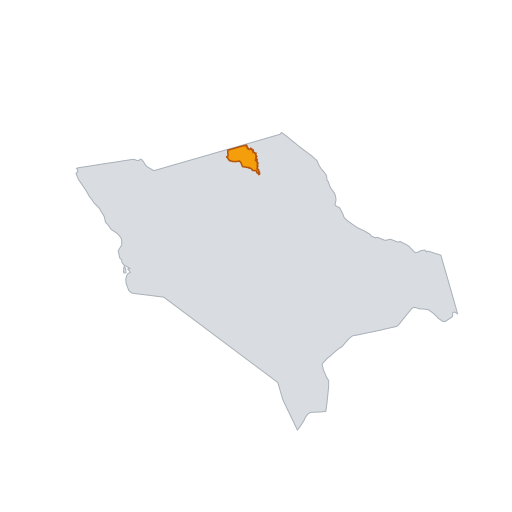 Narok West, Rift Valley, Kenya (highlighted), rotated 127°
{"feature_id": "3690345B77596051964159", "entity_name": "Narok West", "entity_type": "district", "adm_level": 2, "iso_a3": "KEN", "parent_name": "Kenya", "parent_adm1": "Rift Valley", "projection": "equal_earth", "projection_center": [35.345, -1.322], "detail": "fine", "context": "in_parent", "style": "filled", "palette": "amber", "viewbox_px": 512, "rotation_deg": 127, "n_neighbors": 0, "source": "geoboundaries", "source_scale": "gbopen_adm2", "svg_char_len": 6595}
<svg xmlns="http://www.w3.org/2000/svg" viewBox="0 0 512 512"><g transform="rotate(127 256 256)"><path d="M142.0,310.0L141.9,303.4L142.6,286.7L142.5,272.0L143.1,264.7L145.8,260.0L147.1,256.6L148.0,251.9L149.4,248.1L152.6,244.9L153.1,243.2L156.5,238.0L158.6,231.2L160.1,228.9L162.0,226.8L163.3,225.7L165.6,224.6L167.3,224.0L167.6,223.4L167.8,222.3L167.2,218.2L167.9,216.8L169.1,214.0L170.5,211.4L171.7,209.8L172.4,208.1L172.7,205.1L172.8,203.0L172.7,199.6L172.4,191.9L170.9,185.4L170.0,178.2L170.7,175.8L169.6,171.6L169.0,171.4L168.1,170.4L166.9,166.4L166.0,162.8L165.5,161.9L161.6,158.7L159.7,151.2L157.6,149.5L156.4,142.0L156.2,139.9L157.4,132.5L157.3,130.7L156.0,129.2L152.4,127.6L149.5,124.5L149.9,123.4L150.1,122.3L148.6,121.6L144.1,108.8L149.9,101.2L155.7,93.4L163.1,83.6L169.9,74.6L175.8,66.8L181.1,59.9L180.9,61.2L181.0,63.0L181.6,64.0L182.7,64.8L184.2,64.0L185.5,62.9L186.8,62.7L194.7,65.6L196.0,68.1L195.9,70.8L196.2,72.8L195.6,74.8L195.0,80.7L195.2,86.2L197.5,90.3L199.7,93.4L201.3,97.9L202.6,99.3L204.3,100.0L209.7,100.2L217.8,100.5L225.5,100.7L226.2,100.8L227.8,101.5L234.9,107.5L241.5,113.0L247.0,117.8L252.3,122.5L257.5,127.0L261.6,130.8L265.6,132.0L272.0,132.5L276.5,132.7L280.6,134.3L286.8,135.7L291.4,136.5L294.2,137.4L301.8,138.2L303.1,137.7L306.5,133.5L310.3,126.8L311.8,123.0L316.7,119.3L325.3,114.1L331.3,110.5L338.1,106.8L341.2,110.0L345.4,115.1L347.3,117.6L348.8,118.7L351.1,119.5L353.9,119.5L355.5,119.4L358.6,118.7L365.9,118.1L370.1,118.2L366.6,124.9L362.4,133.1L354.7,148.0L348.8,155.9L344.3,161.9L343.9,162.9L343.9,169.6L344.0,185.8L344.1,218.3L344.2,250.7L344.3,283.2L344.4,299.5L344.4,304.9L348.3,311.7L352.1,318.4L357.2,327.2L359.9,332.0L360.4,333.5L360.2,336.7L356.0,343.3L352.6,346.3L348.0,347.8L346.6,347.5L344.8,346.5L344.1,348.1L343.6,350.6L342.6,350.1L341.8,349.4L342.3,353.7L342.7,355.9L342.0,358.8L339.8,361.4L339.6,363.6L334.8,369.2L327.9,369.9L324.3,372.7L322.7,375.0L321.5,380.0L321.9,387.7L320.0,393.6L319.6,396.6L316.1,400.5L314.5,404.0L313.3,407.6L312.3,409.2L311.1,417.2L309.4,422.1L309.0,423.7L308.6,425.2L307.3,428.1L306.5,430.1L305.9,431.4L301.7,443.9L298.4,449.5L295.9,448.9L294.2,451.1L294.0,452.1L293.1,451.5L290.9,449.5L286.6,445.2L282.2,441.0L277.8,436.7L273.4,432.5L269.0,428.2L264.7,423.9L260.3,419.7L255.9,415.4L253.3,412.9L252.2,411.5L251.3,408.5L250.9,407.8L249.7,406.9L248.3,406.7L247.9,406.1L247.9,404.7L248.4,402.6L250.0,398.7L250.2,396.4L249.9,393.8L249.4,389.7L249.0,388.7L246.1,386.5L240.0,381.9L233.9,377.4L227.8,372.8L221.7,368.2L215.6,363.6L209.5,359.0L203.4,354.4L197.3,349.9L191.2,345.3L185.1,340.7L179.0,336.1L172.9,331.5L166.8,326.9L160.7,322.3L154.6,317.8L148.5,313.2L146.3,311.5L144.2,310.0L142.0,310.0ZM344.8,354.6L343.7,354.9L344.3,352.7L347.4,349.9L348.7,350.5L348.9,351.1L348.9,351.7L348.3,352.3L344.8,354.6Z" fill="#d9dde1" stroke="#a8b0b8" stroke-width="1"/><path d="M183.5,308.7L183.4,308.8L183.4,309.0L183.4,308.9L183.1,308.9L183.1,309.0L182.9,308.9L182.9,309.0L182.8,309.3L182.7,309.3L182.4,309.6L182.3,309.9L182.2,309.9L182.1,310.0L181.9,310.0L181.7,310.2L181.6,310.3L181.4,310.3L181.4,310.5L181.2,310.7L181.1,310.8L180.9,310.6L180.7,311.0L180.6,310.9L180.6,311.0L180.5,311.3L180.4,311.4L180.3,311.5L180.2,311.6L180.2,311.8L180.1,311.7L180.0,311.9L179.9,312.0L180.0,312.1L179.9,312.3L179.6,312.3L179.6,312.5L179.5,312.8L179.5,313.0L179.4,313.1L179.5,313.2L179.5,313.4L179.4,313.3L179.3,313.5L179.2,313.5L179.3,313.6L179.2,313.6L179.1,313.4L179.0,313.5L178.9,313.4L178.9,313.0L178.7,313.0L178.5,312.9L178.4,312.9L178.3,313.3L178.3,313.5L178.4,313.8L178.2,314.0L177.9,314.3L178.0,314.4L177.9,314.4L178.0,314.8L177.9,314.8L177.4,315.3L177.3,315.2L177.2,315.2L176.7,315.3L176.5,315.7L176.4,315.5L176.2,315.4L176.2,315.7L176.1,315.9L176.0,316.0L175.9,315.9L175.8,316.0L175.7,316.2L175.6,316.6L175.4,316.8L175.3,317.0L175.2,317.0L175.0,317.3L174.8,317.4L174.9,317.5L174.7,317.7L174.7,317.8L174.6,318.1L174.4,318.1L174.5,318.2L174.4,318.5L174.5,318.7L174.3,318.8L174.5,319.1L174.3,319.4L174.3,319.6L174.4,319.8L174.5,320.0L174.6,320.3L174.5,320.5L174.5,320.8L174.4,320.9L174.5,320.9L174.4,321.0L174.5,321.2L174.6,321.3L174.4,321.6L174.3,321.8L174.3,322.0L174.3,321.9L174.3,322.0L174.2,322.2L173.9,322.2L173.9,322.3L173.9,322.2L173.7,322.2L173.6,322.3L173.4,322.5L173.3,322.4L173.3,322.5L173.2,322.5L173.3,322.7L173.2,322.8L173.1,323.0L173.2,323.3L173.2,323.5L173.3,323.6L173.2,323.7L173.3,323.9L173.3,324.0L173.2,324.2L173.3,324.2L173.3,324.3L173.3,324.5L173.4,324.4L173.5,324.3L173.6,324.5L173.8,324.6L174.0,324.7L174.0,324.9L174.2,325.1L174.3,325.1L174.4,325.3L174.5,325.4L174.6,325.5L174.8,325.5L174.7,325.7L174.8,325.8L174.9,326.0L175.0,326.2L174.9,326.5L175.2,326.6L175.1,326.9L175.0,327.0L175.1,327.3L174.7,327.3L174.6,327.7L174.6,327.8L174.4,327.8L174.3,328.0L174.3,328.3L174.4,328.6L174.4,328.9L174.2,328.9L174.2,329.2L174.1,329.3L174.2,329.6L174.0,329.8L173.9,329.8L174.1,330.0L174.0,330.3L174.2,330.7L174.1,331.0L173.9,331.0L179.1,335.2L180.8,336.4L188.5,342.2L190.7,340.5L192.0,339.2L192.4,338.9L192.8,338.6L193.1,338.7L193.3,338.8L193.6,338.8L193.8,338.9L194.0,338.9L194.2,339.0L194.3,339.0L194.4,338.9L194.4,339.0L194.6,339.0L194.7,338.8L194.6,338.3L194.7,338.0L194.6,337.7L194.9,337.4L195.1,336.9L195.6,335.2L195.8,334.6L195.8,334.4L195.6,334.0L195.3,334.0L195.2,333.8L195.2,333.4L194.7,331.8L194.5,331.4L194.3,331.3L194.2,331.2L193.6,330.1L193.2,329.6L192.8,329.0L191.2,327.4L190.1,326.2L190.3,325.7L190.4,325.0L190.6,323.9L190.8,323.6L191.1,323.3L192.1,321.6L192.7,320.6L192.6,320.3L192.4,319.8L192.1,319.4L191.7,318.6L191.1,317.6L191.0,317.2L190.8,316.8L190.1,315.6L189.6,315.0L190.0,314.4L189.7,314.1L189.6,313.8L189.4,313.7L189.3,313.0L189.1,312.7L189.1,312.4L189.2,311.7L189.3,311.5L189.5,311.3L189.6,311.0L189.5,310.5L189.6,309.9L189.3,309.4L188.9,308.9L188.6,308.5L188.0,307.8L187.8,307.4L188.0,306.7L188.3,306.4L188.3,306.2L188.6,306.1L188.8,305.6L189.0,305.4L188.8,305.1L188.7,304.9L188.8,304.5L188.8,304.2L188.7,304.0L188.6,303.9L189.3,302.9L189.1,302.8L188.7,302.5L188.6,302.4L188.5,302.5L188.3,302.6L188.3,302.8L188.2,302.9L188.0,303.1L187.7,303.1L187.5,303.3L187.4,303.3L187.3,303.5L187.2,303.5L187.1,303.8L187.1,304.1L187.0,304.3L186.9,304.3L186.9,304.5L186.7,304.6L186.6,305.0L186.4,305.1L186.4,305.4L186.2,305.4L186.1,305.5L185.9,305.5L186.0,305.8L185.9,305.8L185.7,305.9L185.7,306.0L185.6,306.7L185.5,306.9L185.5,307.0L185.6,307.3L185.4,307.4L185.5,307.6L185.4,307.6L185.4,307.8L185.2,307.8L184.9,307.9L184.9,308.0L184.7,308.2L184.4,308.3L184.2,308.4L184.1,308.6L184.0,308.8L183.8,308.9L183.8,308.7L183.7,308.8L183.5,308.7Z" fill="#f59e0b" stroke="#b45309" stroke-width="1.5"/></g></svg>